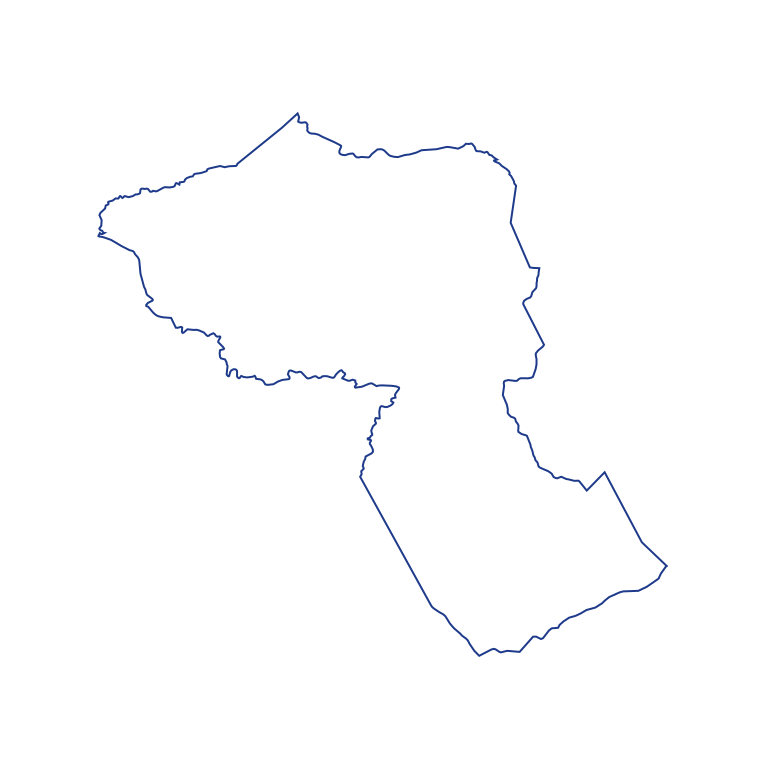 Masaguara, Intibucá, Honduras (Natural Earth projection), rotated 98°
{"feature_id": "27666195B25129383511057", "entity_name": "Masaguara", "entity_type": "district", "adm_level": 2, "iso_a3": "HND", "parent_name": "Honduras", "parent_adm1": "Intibucá", "projection": "natural_earth1", "projection_center": [-87.987, 14.384], "detail": "fine", "context": "isolated", "style": "outline", "palette": "blue", "viewbox_px": 768, "rotation_deg": 98, "n_neighbors": 0, "source": "geoboundaries", "source_scale": "gbopen_adm2", "svg_char_len": 6159}
<svg xmlns="http://www.w3.org/2000/svg" viewBox="0 0 768 768"><g transform="rotate(98 384 384)"><path d="M524.9,78.7L504.9,106.6L440.7,153.2L461.3,168.4L453.4,176.8L452.7,177.9L453.4,182.2L452.8,187.5L452.7,190.3L451.2,195.6L453.3,199.4L453.2,200.9L452.5,203.1L449.4,205.5L447.5,209.2L445.2,217.7L444.2,219.4L440.3,221.1L438.5,223.3L435.5,224.7L434.1,226.0L429.5,227.8L425.6,230.0L423.8,230.5L415.5,235.2L415.1,236.1L414.4,240.7L412.8,244.1L411.7,244.6L406.5,245.0L405.0,245.9L402.8,248.1L400.1,249.3L399.4,250.3L398.7,253.8L396.9,256.2L395.6,257.4L391.4,258.0L387.5,259.4L378.4,264.8L369.0,264.8L366.8,265.5L365.1,265.5L364.0,264.5L362.8,261.4L362.7,255.2L362.5,253.3L362.0,252.4L360.5,251.3L359.3,249.6L358.3,242.0L357.2,238.9L356.2,237.5L348.0,235.9L343.5,235.7L338.2,236.4L334.5,237.7L332.5,237.9L329.3,236.0L324.8,231.9L322.9,231.0L285.6,257.2L284.3,257.4L282.0,256.8L279.7,254.3L278.0,251.3L276.4,250.4L272.5,249.9L268.0,246.8L266.2,246.5L262.6,247.0L261.2,246.8L257.8,247.1L254.7,246.2L251.8,246.4L247.7,246.3L248.3,252.9L248.2,255.8L206.7,281.0L169.2,280.8L167.4,282.8L164.9,283.7L160.3,287.1L159.0,289.1L157.5,288.9L156.0,289.9L154.1,292.6L151.6,297.8L149.5,300.5L148.1,305.7L147.4,306.1L146.0,303.3L144.4,306.8L142.6,309.3L142.5,311.5L139.9,313.9L139.8,314.6L141.0,316.9L140.2,320.7L140.5,324.8L139.7,325.7L136.5,327.3L134.0,330.1L133.7,331.1L134.5,333.2L134.7,336.3L137.5,338.6L140.6,343.3L140.3,351.8L140.5,354.9L144.2,364.7L147.3,379.4L150.3,384.1L153.0,390.2L154.4,395.3L157.4,401.9L157.6,405.7L157.2,409.6L156.4,411.3L152.8,416.2L152.1,417.9L151.9,419.5L152.6,423.1L157.9,428.0L161.2,430.0L161.8,431.1L162.3,438.1L163.1,440.2L163.3,442.4L162.7,443.8L160.4,446.3L160.1,447.1L160.9,450.4L162.8,454.3L162.9,457.0L162.4,459.2L161.2,460.4L159.4,460.6L154.8,459.5L154.1,459.7L153.7,460.4L151.6,466.3L147.9,479.1L146.2,483.7L145.8,487.2L146.1,490.9L145.7,492.7L144.9,494.1L143.7,495.3L141.2,495.3L140.1,495.9L137.6,495.9L135.9,497.6L135.8,498.6L136.8,502.1L136.6,504.4L136.1,505.5L131.7,505.2L128.1,507.2L144.4,520.7L186.3,559.8L187.8,560.2L188.7,561.0L189.9,567.6L191.5,572.0L191.0,576.0L191.2,577.4L195.0,587.3L195.9,588.7L197.7,589.2L198.3,590.0L200.6,594.8L202.2,600.5L202.9,601.3L205.0,602.3L205.9,605.1L207.5,607.9L209.3,609.5L210.7,609.7L211.7,610.4L212.7,614.3L215.0,614.4L214.0,617.0L214.0,617.8L214.8,618.3L217.0,618.8L218.0,619.9L219.2,623.6L219.6,628.5L220.5,630.1L224.8,635.8L225.0,637.9L224.8,639.6L225.8,640.6L226.1,641.7L226.1,642.3L223.7,644.9L223.6,646.3L224.2,648.2L224.1,650.4L224.4,651.5L225.4,652.2L228.9,652.1L229.8,653.1L230.6,654.8L230.9,656.5L232.9,658.9L234.5,663.0L234.0,666.9L234.3,667.4L235.5,668.1L236.2,669.0L234.7,671.0L234.6,671.5L235.2,672.0L236.7,672.5L237.4,673.1L237.6,675.7L240.1,678.2L241.9,682.3L242.6,682.5L243.5,682.0L244.5,682.0L246.0,684.4L249.0,684.6L254.1,688.7L256.4,689.3L261.1,686.4L266.8,686.0L269.3,687.4L269.9,687.5L271.0,686.3L271.6,684.3L273.2,683.1L273.3,681.8L274.7,683.8L274.8,685.2L274.1,686.4L277.2,687.4L277.6,686.4L277.5,684.3L277.9,681.1L279.3,674.3L284.0,663.0L286.8,654.8L287.3,651.3L288.1,650.0L290.3,648.4L292.7,645.5L294.4,644.2L296.0,643.5L308.7,640.5L321.3,635.1L323.5,633.5L327.6,631.8L328.8,630.9L331.9,625.4L332.9,624.6L333.6,624.8L336.5,629.0L338.8,630.5L339.9,630.2L340.3,628.3L345.2,622.8L346.9,620.4L348.0,618.1L348.5,615.5L348.7,611.7L348.2,604.0L357.2,598.0L357.1,596.3L355.8,593.2L355.8,592.3L356.2,591.7L360.4,591.4L361.4,590.7L361.3,590.0L360.7,589.3L357.2,586.3L356.9,579.5L356.4,577.4L356.7,574.5L358.1,569.4L360.4,566.6L361.0,565.4L360.7,564.3L359.4,563.1L357.5,560.0L358.2,558.6L359.6,557.3L360.3,556.0L360.3,555.4L359.8,553.7L359.9,552.8L360.9,552.6L364.2,554.0L365.6,554.0L369.9,548.4L371.2,547.3L371.9,547.6L373.1,550.7L373.5,551.1L376.6,551.0L380.1,550.1L381.3,549.0L381.8,544.8L384.7,542.8L386.3,542.5L387.5,541.6L388.4,541.4L396.2,541.2L396.9,540.8L397.9,539.5L398.0,539.0L397.7,538.5L393.5,537.9L391.9,537.2L390.5,535.4L390.1,533.8L390.4,532.5L391.1,531.6L392.8,531.1L396.9,530.6L397.8,529.9L398.4,528.8L398.3,527.9L395.9,526.5L396.6,523.8L396.5,520.2L395.0,514.9L393.9,513.3L394.3,512.6L396.7,511.3L396.6,507.5L396.9,505.8L398.1,503.8L400.8,501.6L401.1,500.4L400.9,498.4L399.6,493.5L396.3,489.3L394.1,485.2L392.4,478.8L391.6,478.3L390.2,478.6L387.8,480.5L384.6,480.0L383.7,478.9L383.6,477.8L384.8,472.9L384.6,471.5L383.7,469.6L383.6,467.8L388.7,461.4L389.1,460.1L388.4,457.9L386.4,454.7L385.9,453.3L385.9,452.2L386.8,450.7L387.2,449.3L386.5,447.5L385.0,446.1L384.5,444.2L384.2,441.4L385.0,436.4L384.9,435.1L384.2,434.2L381.2,432.8L378.7,431.0L376.9,429.3L376.3,428.0L376.6,427.5L378.0,426.1L378.8,424.3L379.6,423.8L381.5,424.5L383.6,426.1L384.2,426.1L385.8,419.9L385.5,418.4L384.1,415.6L384.6,412.9L386.4,412.6L387.8,411.1L390.5,412.5L391.2,412.4L391.6,411.8L389.7,405.4L385.8,398.8L385.1,396.8L385.3,395.4L387.1,391.2L386.1,388.3L385.6,385.5L384.7,376.1L384.7,371.4L385.4,368.7L386.1,368.4L387.1,368.6L391.4,371.0L393.2,371.6L395.9,370.7L397.1,373.8L398.1,374.7L400.1,374.4L401.0,372.2L402.6,372.7L404.5,374.6L406.3,377.6L406.7,379.4L406.2,383.2L406.9,384.2L408.2,384.7L412.3,384.8L418.5,383.5L419.0,384.6L418.8,387.3L419.3,387.7L421.8,387.8L423.6,386.6L424.4,386.5L427.4,389.0L431.6,390.1L432.9,389.9L435.3,388.7L436.2,388.6L437.3,389.8L439.1,390.5L440.0,392.4L440.6,392.6L441.2,392.1L441.2,389.5L441.5,389.1L442.2,389.0L444.1,389.8L445.0,389.8L445.9,389.3L446.5,388.5L450.3,386.0L452.6,385.5L454.3,386.5L458.4,392.1L460.9,392.2L463.6,393.2L467.2,393.6L468.5,393.5L469.8,392.6L470.7,392.3L473.6,394.4L476.4,393.6L479.2,394.7L596.8,306.5L598.2,305.2L599.4,303.3L602.2,297.6L603.8,293.4L605.4,290.9L612.0,285.4L613.9,283.3L616.2,280.6L620.7,273.6L622.3,271.8L624.8,267.1L626.3,265.3L629.5,263.0L635.6,257.5L639.9,251.9L631.9,240.6L631.0,238.4L631.2,236.7L633.2,232.4L633.5,230.9L631.1,224.9L630.4,212.4L613.5,201.2L613.0,198.3L614.7,193.0L613.5,191.1L605.1,186.3L602.6,183.9L601.2,177.7L598.0,176.5L594.0,173.1L589.6,168.1L587.0,162.2L584.0,157.5L579.6,152.0L576.0,143.6L570.8,137.5L567.8,135.2L563.6,131.3L557.5,121.6L556.1,118.3L553.4,103.3L548.2,95.5L538.5,85.0L533.2,83.4L525.8,79.6L524.9,78.7Z" fill="none" stroke="#1e3a8a" stroke-width="2"/></g></svg>